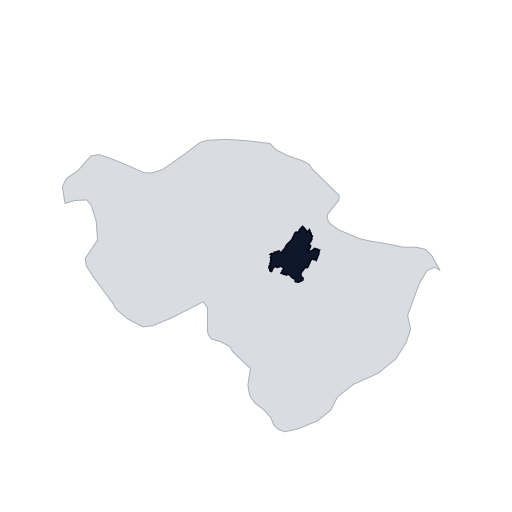 location of Rulindo, Northern, Rwanda, rotated 58°
{"feature_id": "39286606B38837433870904", "entity_name": "Rulindo", "entity_type": "district", "adm_level": 2, "iso_a3": "RWA", "parent_name": "Rwanda", "parent_adm1": "Northern", "projection": "mercator", "projection_center": [30.0, -1.752], "detail": "fine", "context": "in_parent", "style": "filled", "palette": "ink", "viewbox_px": 512, "rotation_deg": 58, "n_neighbors": 0, "source": "geoboundaries", "source_scale": "gbopen_adm2", "svg_char_len": 6754}
<svg xmlns="http://www.w3.org/2000/svg" viewBox="0 0 512 512"><g transform="rotate(58 256 256)"><path d="M206.4,162.3L212.0,162.2L248.9,153.4L252.5,156.1L258.5,173.2L261.6,175.7L266.8,176.3L277.1,172.4L296.1,159.0L304.3,150.9L314.1,139.5L326.5,126.6L333.5,115.4L340.2,108.8L349.1,106.8L359.0,107.3L365.8,107.5L360.2,110.2L359.0,118.5L365.5,131.6L386.6,158.8L400.1,163.8L408.9,174.4L417.5,192.3L420.1,214.6L416.5,241.4L418.6,261.4L426.4,274.5L428.4,291.4L424.7,312.3L420.3,324.8L415.0,328.9L408.9,330.5L400.8,329.1L390.9,330.8L380.1,334.8L373.3,335.3L369.0,334.6L361.1,331.2L348.5,320.4L325.0,326.4L318.6,326.3L310.0,331.4L303.0,337.7L298.7,338.1L294.4,337.3L274.2,324.6L266.8,325.0L263.7,360.7L260.4,380.6L256.2,389.4L241.7,398.0L227.1,402.8L219.2,402.5L187.1,405.1L174.5,405.2L167.6,402.2L158.6,382.0L141.6,373.0L125.3,368.8L118.7,369.9L112.8,380.5L110.3,390.1L94.5,383.5L89.8,375.5L89.3,361.9L83.6,343.3L86.8,335.4L93.0,330.2L106.1,320.4L126.1,306.8L130.4,300.3L133.2,289.5L131.9,264.3L130.0,243.0L132.4,235.5L141.5,219.1L153.7,202.3L168.0,184.5L176.5,182.7L187.8,176.0L199.8,166.1L206.4,162.3Z" fill="#d9dde1" stroke="#a8b0b8" stroke-width="1"/><path d="M276.9,244.2L277.1,243.4L277.2,242.8L277.3,242.8L277.5,242.2L277.4,242.1L277.4,241.6L277.2,240.9L277.8,240.7L278.2,240.1L278.5,239.9L279.8,239.4L280.1,239.4L280.4,239.3L280.9,239.3L281.3,238.9L281.4,239.0L281.8,239.6L282.0,240.2L282.1,240.3L282.2,240.8L282.3,240.9L282.2,240.9L282.3,241.1L282.2,241.3L282.4,241.7L282.9,242.0L283.3,242.5L283.5,243.2L283.5,243.5L283.7,243.9L284.6,243.1L285.1,242.9L285.3,242.9L285.9,242.2L286.5,242.0L287.0,241.4L287.1,240.8L287.5,240.4L287.8,240.3L288.3,240.4L288.3,240.0L288.2,239.6L288.4,239.2L288.8,238.6L288.9,238.3L289.5,237.7L290.1,237.4L290.6,237.3L290.9,237.4L291.5,237.2L292.2,237.2L292.4,237.3L293.4,236.9L294.0,236.5L294.9,236.3L295.0,236.0L295.3,235.9L295.5,235.4L295.6,235.0L295.7,234.9L297.1,235.5L297.6,236.0L298.0,236.2L298.8,236.2L299.1,235.9L299.2,235.5L299.6,235.1L299.7,234.9L300.2,234.6L300.6,234.3L300.7,233.5L301.0,232.7L301.0,231.0L301.3,230.3L301.4,229.3L300.9,228.9L300.3,228.0L300.0,228.0L299.6,227.8L298.7,227.9L298.2,228.5L296.8,228.3L296.8,228.2L296.1,228.2L295.9,228.0L295.6,228.1L295.6,227.8L295.4,227.6L295.2,227.5L294.7,227.2L294.3,226.7L294.2,226.2L293.7,225.9L293.7,225.7L293.3,225.5L293.1,225.3L293.1,225.1L293.3,224.8L293.4,224.4L293.2,224.1L293.0,223.5L292.9,223.4L292.7,223.1L292.7,222.5L292.4,222.2L292.3,221.9L291.7,221.5L291.7,221.3L291.8,220.7L291.8,220.1L292.2,219.7L292.5,219.7L292.6,219.4L292.6,219.2L292.9,219.0L292.9,218.6L293.0,218.6L293.0,218.2L292.7,218.1L292.7,217.7L292.5,217.2L292.3,217.0L292.1,216.5L291.6,216.2L291.4,215.9L291.2,215.9L291.0,215.1L290.7,214.7L290.6,214.4L290.2,214.1L290.1,213.6L289.7,213.6L289.4,213.0L289.2,212.7L289.0,212.3L288.9,212.0L288.7,211.5L288.7,211.3L288.3,211.2L288.6,210.9L288.1,210.4L288.1,210.2L288.2,209.8L288.7,209.6L289.1,209.1L289.3,209.0L289.1,208.9L289.0,208.6L289.5,208.7L289.8,208.6L290.2,208.1L290.9,207.5L291.7,207.3L290.9,206.4L290.1,204.9L289.9,204.8L289.7,204.6L289.3,204.3L288.2,202.5L287.8,201.7L287.1,201.4L286.8,201.1L286.1,200.8L286.0,200.5L285.7,200.5L285.7,200.2L285.4,200.1L284.7,198.9L284.2,199.5L283.5,199.8L283.4,200.0L283.0,200.2L282.5,200.4L282.1,200.9L282.0,201.4L280.8,201.9L280.5,202.4L280.6,202.9L281.1,203.9L281.1,204.2L280.9,204.5L281.1,204.8L280.9,205.9L281.5,206.6L281.4,206.9L281.6,207.1L281.8,207.8L281.7,207.9L281.1,207.8L280.8,207.6L280.5,207.7L279.9,207.4L279.1,208.6L278.7,209.1L278.7,208.6L278.4,208.4L278.2,207.8L278.2,207.3L277.9,206.8L277.9,206.3L277.7,205.9L277.7,205.6L277.2,205.3L277.0,204.8L276.7,204.7L276.4,204.3L275.7,204.1L275.5,204.5L275.1,204.8L275.1,205.0L274.8,205.2L274.4,205.3L273.9,204.7L273.1,203.5L273.2,203.3L273.0,202.1L272.6,201.8L272.4,201.5L271.6,201.1L271.6,200.7L271.8,200.5L271.6,200.2L271.5,199.8L271.2,199.5L270.9,199.6L270.3,199.3L269.1,197.8L269.0,198.0L268.7,197.7L268.5,198.0L267.8,198.2L267.3,198.0L266.5,197.4L265.4,197.2L265.2,197.4L264.7,197.5L264.8,197.7L264.5,197.9L264.4,197.5L264.1,197.3L263.6,197.1L263.2,196.8L262.4,196.9L261.8,196.8L261.9,197.1L262.5,197.7L262.5,198.4L262.3,198.6L262.3,199.2L262.6,200.1L262.5,200.4L262.4,200.3L261.3,200.3L261.2,200.0L260.8,200.0L260.6,200.1L260.4,200.0L260.0,200.1L259.8,200.4L259.5,200.5L259.3,200.5L259.4,200.3L259.2,200.1L258.6,200.1L258.3,200.3L257.3,200.3L257.1,200.8L256.6,200.6L256.3,200.8L256.1,200.7L255.9,200.7L255.5,200.7L255.5,200.8L255.8,201.5L255.8,201.9L256.0,202.0L256.0,202.6L256.4,203.7L256.3,204.0L256.7,204.2L256.7,204.6L256.8,204.7L256.9,204.8L256.9,205.2L257.4,206.1L257.5,206.3L257.7,206.7L257.9,206.6L258.1,207.0L258.2,206.9L258.4,207.1L258.1,208.3L258.0,208.5L257.8,208.4L257.2,208.9L257.2,209.3L256.9,209.5L256.9,209.8L257.0,210.4L257.3,210.8L257.4,211.4L257.6,211.5L258.3,212.6L258.8,213.0L259.1,213.8L259.6,214.3L259.6,214.9L259.9,215.2L260.2,215.3L260.5,216.0L261.1,216.9L261.3,218.0L261.5,218.2L261.6,218.5L261.6,219.0L261.9,219.4L262.1,219.7L261.8,220.0L262.2,220.8L262.1,221.3L262.2,222.1L262.3,222.8L262.7,223.2L262.7,224.0L262.9,224.6L263.7,225.2L263.6,225.6L263.6,225.8L264.2,226.4L264.3,226.9L264.6,227.2L264.9,227.9L265.2,228.1L265.1,228.5L265.1,228.9L265.1,229.2L265.4,229.4L265.5,229.9L265.5,230.3L265.6,230.7L266.5,232.1L266.7,232.4L267.1,232.5L266.6,233.1L265.7,233.3L264.8,233.7L264.1,233.6L263.9,233.7L263.7,234.0L263.8,234.2L263.6,234.4L263.7,234.8L263.6,235.0L263.6,235.4L263.4,235.9L263.5,236.1L263.1,236.6L263.1,237.0L263.2,237.3L263.1,238.0L262.9,238.1L263.1,238.3L262.9,238.5L263.1,238.5L263.2,238.9L263.3,238.8L263.3,239.0L263.4,239.4L263.4,239.5L263.5,239.6L263.3,239.7L263.3,240.1L263.1,240.4L263.1,240.5L262.6,240.7L262.4,241.0L262.2,241.1L262.2,241.4L262.1,241.6L262.1,242.0L262.2,241.9L262.4,242.2L262.3,242.3L262.4,242.5L262.4,243.0L262.6,242.8L263.4,242.5L263.5,242.6L264.7,243.8L264.8,244.0L264.7,244.3L264.8,244.6L265.1,244.7L266.2,244.3L266.6,245.0L267.0,245.0L267.4,246.0L267.6,246.1L268.1,245.8L268.9,246.1L269.0,246.4L268.8,247.0L269.0,247.3L269.5,247.4L269.8,247.6L269.9,247.8L269.9,248.3L270.1,248.4L270.5,248.3L270.8,248.3L271.3,248.9L271.7,248.9L271.8,249.0L271.4,249.5L271.3,249.9L271.5,250.0L271.8,249.9L272.1,250.4L272.5,250.5L272.2,250.9L272.4,251.1L272.9,251.1L273.1,251.3L273.4,251.4L273.9,251.1L274.5,251.5L274.7,251.3L274.5,250.9L274.8,250.8L275.2,251.3L275.3,251.8L275.8,252.1L276.8,251.6L277.4,251.1L277.0,250.2L276.9,250.2L276.7,250.1L276.7,249.9L276.3,249.4L276.3,249.2L276.0,249.1L275.4,248.4L275.1,248.2L275.0,248.3L274.9,248.2L275.2,248.0L275.2,247.7L275.4,247.6L275.2,247.0L274.9,246.6L275.0,246.4L274.9,246.2L275.1,246.1L275.2,245.8L275.1,245.5L275.3,245.4L275.3,244.9L275.8,244.6L276.1,244.4L276.9,244.2Z" fill="#0f172a" stroke="#020617" stroke-width="1.5"/></g></svg>